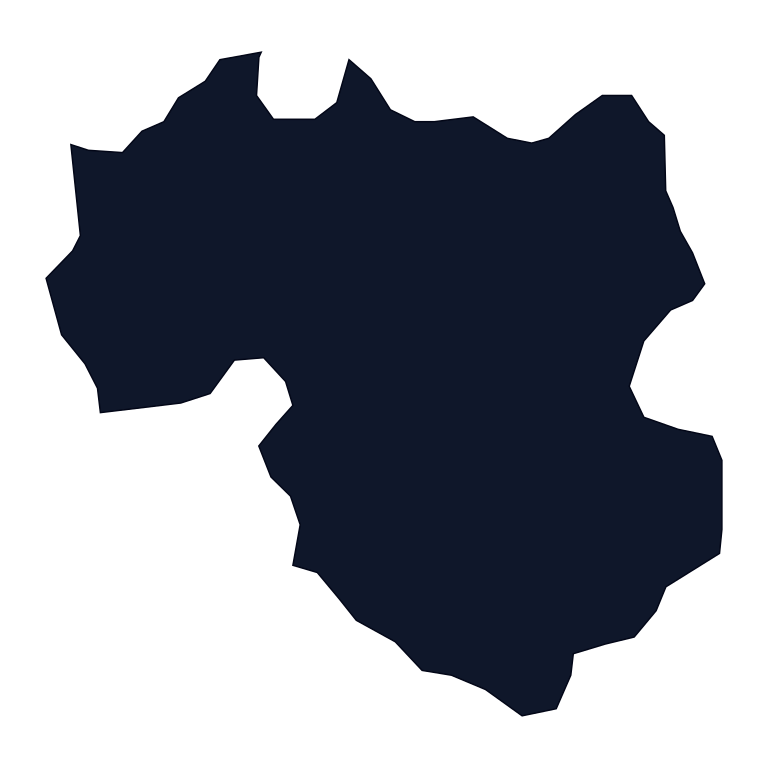 the district of Gokseong-gun, South Jeolla, South Korea
{"feature_id": "91817680B55822624410007", "entity_name": "Gokseong-gun", "entity_type": "district", "adm_level": 2, "iso_a3": "KOR", "parent_name": "South Korea", "parent_adm1": "South Jeolla", "projection": "robinson", "projection_center": [127.266, 35.202], "detail": "fine", "context": "isolated", "style": "filled", "palette": "ink", "viewbox_px": 768, "rotation_deg": 0, "n_neighbors": 0, "source": "geoboundaries", "source_scale": "gbopen_adm2", "svg_char_len": 1085}
<svg xmlns="http://www.w3.org/2000/svg" viewBox="0 0 768 768"><path d="M261.2,52.2L219.9,59.7L205.3,81.2L178.5,97.8L163.9,121.7L142.0,131.2L122.5,152.6L88.4,150.3L70.9,144.6L80.4,235.6L72.6,250.9L46.1,278.3L61.6,334.8L85.0,363.8L97.5,388.2L100.4,412.6L180.8,403.0L210.1,393.5L234.4,360.1L263.7,357.7L285.6,381.5L292.9,405.4L275.9,424.5L258.8,446.0L271.0,477.0L290.5,496.1L300.2,524.7L293.4,562.6L292.9,565.3L317.3,572.5L339.2,598.8L356.3,620.3L395.3,641.8L422.1,670.4L451.4,675.2L485.5,689.5L522.1,715.8L556.2,708.7L570.8,675.2L573.3,653.7L605.0,644.1L634.2,637.0L656.1,610.7L665.9,586.8L719.5,553.4L721.9,529.5L721.9,493.7L721.9,460.3L716.5,447.1L712.1,436.4L678.0,429.3L643.9,417.3L629.2,386.3L643.8,341.0L670.6,310.0L692.6,300.4L704.7,283.8L692.5,252.8L680.3,231.3L673.0,207.5L665.7,190.8L664.3,135.3L648.6,121.7L631.6,95.5L602.3,95.5L575.5,114.5L548.8,138.3L531.7,143.1L507.3,138.3L473.2,116.9L434.3,121.7L414.8,121.7L390.4,109.8L370.9,78.8L349.0,59.7L336.8,102.6L314.9,119.3L273.5,119.3L256.5,95.5L258.9,57.3L261.2,52.2Z" fill="#0f172a" stroke="#020617" stroke-width="1.5"/></svg>